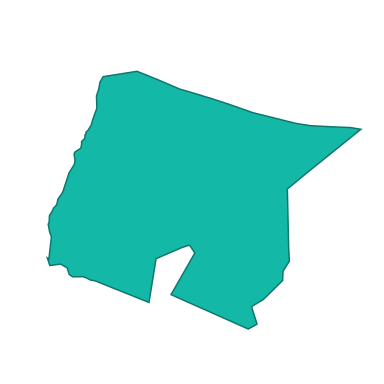 the district of Koubenni, Hodh el Gharbi, Mauritania, rotated 24°
{"feature_id": "47542326B43555481021158", "entity_name": "Koubenni", "entity_type": "district", "adm_level": 2, "iso_a3": "MRT", "parent_name": "Mauritania", "parent_adm1": "Hodh el Gharbi", "projection": "albers", "projection_center": [-9.623, 15.9], "detail": "fine", "context": "isolated", "style": "filled", "palette": "teal", "viewbox_px": 384, "rotation_deg": 24, "n_neighbors": 0, "source": "geoboundaries", "source_scale": "gbopen_adm2", "svg_char_len": 1236}
<svg xmlns="http://www.w3.org/2000/svg" viewBox="0 0 384 384"><g transform="rotate(24 192 192)"><path d="M320.8,66.0L310.5,68.7L297.5,73.9L273.4,83.2L258.9,87.1L215.2,94.8L192.6,96.6L172.7,98.6L138.3,103.0L115.3,103.3L92.7,104.1L64.3,122.5L64.0,122.6L63.2,128.8L64.9,135.7L64.9,135.8L65.7,143.2L71.0,154.1L71.3,158.7L71.9,166.6L72.7,171.9L71.9,177.9L70.8,180.5L71.5,181.8L71.3,182.7L71.0,183.5L71.6,184.4L72.1,187.0L71.6,188.6L70.9,189.8L70.7,190.7L70.9,191.7L71.5,192.4L72.6,197.2L69.0,202.7L68.7,203.9L68.9,205.4L72.2,210.6L73.3,214.4L71.9,224.4L73.7,242.3L73.9,242.9L73.8,246.5L73.1,249.4L72.7,251.9L72.4,253.3L73.3,256.9L73.5,259.0L73.0,260.4L72.0,263.3L72.2,264.8L72.0,265.8L72.0,267.5L71.5,270.2L71.4,271.7L73.6,277.2L73.8,280.0L78.3,286.6L81.9,290.2L82.0,290.7L88.5,311.4L86.7,311.1L92.0,317.0L101.3,311.3L108.8,312.1L113.5,317.4L117.6,318.0L126.8,313.7L131.1,313.4L134.6,313.8L139.6,312.6L197.6,310.4L186.3,267.5L205.3,246.9L210.9,241.9L212.2,242.0L219.4,246.6L214.6,294.3L299.1,294.3L305.1,286.3L304.7,285.8L304.7,285.7L293.0,272.5L300.9,261.2L306.4,247.2L310.8,236.0L307.4,227.3L309.1,215.6L308.7,214.9L302.8,203.2L286.5,168.7L277.9,150.5L289.5,127.1L320.8,66.0Z" fill="#14b8a6" stroke="#0f766e" stroke-width="1.5"/></g></svg>